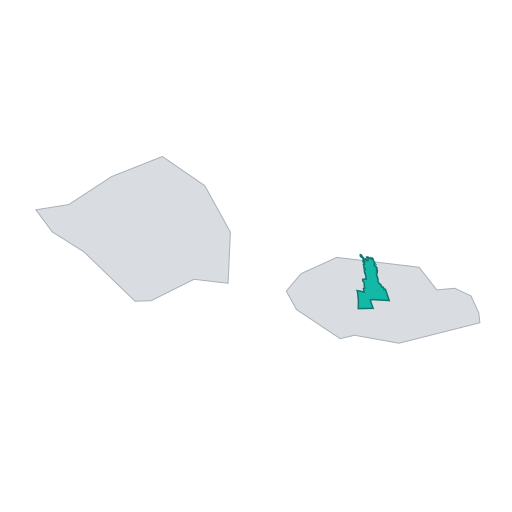 location of Vaimauga West, Tuamasaga, Samoa, rotated 346°
{"feature_id": "51752279B6831491074988", "entity_name": "Vaimauga West", "entity_type": "district", "adm_level": 2, "iso_a3": "WSM", "parent_name": "Samoa", "parent_adm1": "Tuamasaga", "projection": "equal_earth", "projection_center": [-171.762, -13.882], "detail": "fine", "context": "in_parent", "style": "filled", "palette": "teal", "viewbox_px": 512, "rotation_deg": 346, "n_neighbors": 0, "source": "geoboundaries", "source_scale": "gbopen_adm2", "svg_char_len": 5078}
<svg xmlns="http://www.w3.org/2000/svg" viewBox="0 0 512 512"><g transform="rotate(346 256 256)"><path d="M189.2,136.8L223.3,175.4L236.9,226.7L222.3,275.7L190.1,263.6L143.3,274.0L127.7,270.6L90.1,210.4L64.1,183.3L53.6,157.9L86.7,160.8L135.1,144.0L189.2,136.8ZM457.1,374.9L373.6,375.2L332.3,356.7L317.7,356.6L282.3,317.7L276.9,297.4L295.5,284.0L334.0,276.9L411.5,306.4L423.2,332.6L441.0,335.4L454.9,346.7L458.4,365.1L457.1,374.9Z" fill="#d9dde1" stroke="#a8b0b8" stroke-width="1"/><path d="M369.6,291.0L369.4,290.8L369.3,290.6L369.2,290.4L369.1,290.1L369.0,289.9L369.0,289.7L368.9,289.4L369.0,289.2L368.9,288.8L368.9,288.7L369.0,288.5L368.9,288.3L368.9,288.1L368.7,287.7L368.8,287.5L368.8,287.4L368.9,287.2L369.0,287.3L368.9,287.1L368.6,287.4L368.4,287.1L368.3,286.9L368.1,286.8L368.1,286.7L368.0,286.8L367.8,287.2L367.7,287.1L367.3,286.5L367.3,286.4L367.4,286.2L367.1,285.5L366.8,285.8L366.6,285.9L366.3,285.9L366.2,285.7L365.8,285.6L365.6,285.5L365.5,285.4L365.3,285.2L365.2,285.1L365.0,284.8L364.9,284.6L364.8,284.4L364.7,284.3L364.4,284.1L364.2,284.0L364.0,284.3L363.9,284.2L363.3,283.9L363.0,283.9L363.0,284.0L363.2,284.3L363.3,284.4L363.3,284.5L363.6,285.2L363.6,284.9L363.9,285.3L364.0,285.1L364.2,285.4L364.2,285.6L363.9,286.5L363.8,286.9L363.8,287.0L363.7,287.0L363.4,287.5L363.2,287.5L362.5,287.2L362.2,287.1L362.3,286.7L362.2,286.3L362.2,286.0L362.1,285.6L361.9,285.4L361.8,285.6L361.6,285.8L361.2,285.9L361.1,285.7L360.4,285.3L360.0,284.3L359.8,283.9L359.8,283.7L359.7,283.7L359.3,283.2L359.2,282.9L359.1,282.7L359.0,282.4L358.9,282.2L358.8,281.9L358.7,281.4L358.6,280.9L358.2,280.3L358.0,280.2L357.9,280.1L357.5,279.9L357.4,280.1L357.3,280.6L357.3,281.0L357.5,281.0L357.4,281.1L357.4,281.3L357.5,281.3L357.5,281.5L357.4,281.8L357.5,282.1L357.8,282.2L358.0,281.9L358.0,282.2L358.1,282.5L358.4,282.3L358.5,282.4L358.6,282.7L358.5,282.9L358.4,283.1L358.6,283.3L358.8,283.3L359.1,283.4L359.2,283.6L359.3,283.7L359.4,283.8L359.3,284.0L359.2,284.1L359.2,284.6L359.3,284.6L359.2,284.8L359.1,285.0L359.3,285.2L359.3,285.3L359.1,285.3L359.1,285.9L359.2,286.2L359.2,286.4L359.3,286.6L359.4,286.8L359.5,286.9L359.7,287.0L359.6,287.3L359.8,287.4L359.8,287.5L359.5,287.4L359.5,287.5L359.5,287.9L359.4,287.8L359.4,287.7L359.3,287.3L359.2,287.3L359.2,287.1L359.0,286.8L358.9,286.9L358.8,287.0L358.7,287.0L359.0,286.6L359.0,286.4L358.9,286.4L358.9,286.6L358.7,287.1L358.5,286.9L358.4,286.8L358.7,287.2L358.8,287.5L358.7,287.9L358.7,288.0L358.8,288.2L359.1,288.5L359.2,289.0L359.2,289.3L358.7,289.7L358.6,289.8L359.2,289.8L359.1,290.2L359.2,290.3L358.8,290.7L358.5,290.7L358.5,290.9L358.4,291.2L358.3,291.5L358.2,291.6L358.2,292.0L358.0,292.4L358.0,292.6L358.0,292.9L357.9,293.1L358.0,293.3L357.9,293.8L357.9,294.1L358.1,294.4L358.6,294.6L358.8,294.6L358.8,295.1L358.5,295.6L358.5,295.8L358.3,296.0L357.8,295.7L357.7,296.1L357.5,296.4L357.4,299.1L357.9,299.1L357.7,300.7L357.7,301.4L357.3,305.2L357.1,305.2L356.7,305.1L356.3,304.8L353.9,304.4L353.8,305.2L353.6,305.7L353.9,306.8L354.4,307.9L354.3,308.1L354.3,308.4L354.4,309.1L354.3,309.5L354.2,309.8L354.1,310.0L353.8,310.8L353.8,311.2L353.8,311.6L353.8,311.9L353.8,312.6L353.7,312.8L353.7,313.1L353.6,313.4L353.6,313.6L352.4,313.5L352.2,317.3L351.9,317.1L351.4,316.9L351.2,316.7L350.8,316.6L350.6,316.4L350.2,316.2L349.8,315.9L348.2,315.1L345.7,314.0L345.7,316.8L344.5,324.3L342.5,331.8L357.0,335.1L356.1,326.2L357.6,326.5L358.8,326.6L369.9,330.0L374.5,331.5L373.5,319.6L372.1,319.5L372.2,319.3L372.3,319.1L372.3,318.9L372.3,318.7L372.2,318.1L372.0,317.7L371.8,317.6L371.6,317.4L371.6,317.2L371.7,316.9L371.3,316.8L371.0,316.7L370.7,316.5L370.5,316.4L370.4,316.2L370.4,315.9L370.4,315.7L370.3,315.4L370.2,315.1L370.2,314.8L370.3,314.6L370.4,314.3L370.3,314.2L370.2,314.0L370.0,313.8L369.8,313.7L369.7,313.6L369.6,313.4L369.5,313.2L369.4,312.9L369.1,312.7L368.9,312.7L368.7,312.1L368.6,311.7L368.6,311.2L368.2,311.0L368.1,310.8L368.1,310.5L368.1,310.3L368.3,309.8L368.3,309.5L368.5,309.3L368.5,309.1L368.5,308.9L368.5,308.7L368.7,308.2L368.9,307.5L368.9,307.4L368.8,307.1L368.8,306.8L368.7,306.7L368.6,306.2L368.7,305.7L368.5,305.3L368.4,305.2L368.2,305.1L368.4,304.9L368.5,304.8L368.5,304.6L368.6,304.3L368.6,304.0L368.6,303.6L368.4,303.3L368.5,303.1L368.6,302.9L368.7,302.6L368.6,302.3L368.6,302.2L368.7,301.9L368.8,301.9L368.9,302.0L369.1,302.1L369.2,301.9L369.2,301.7L369.4,301.6L369.6,301.4L369.9,300.9L370.0,300.7L370.0,300.4L369.8,300.3L369.6,300.1L369.7,299.8L369.6,299.7L369.5,299.4L369.4,299.4L369.5,299.0L369.6,298.8L369.7,298.6L369.8,298.6L370.0,298.7L369.9,298.4L370.1,298.3L370.2,298.1L370.2,297.8L370.1,297.6L370.3,297.4L370.2,297.3L370.1,297.1L370.3,296.8L370.2,296.6L370.0,296.0L370.2,295.9L370.2,295.7L369.9,295.3L369.7,295.3L369.4,295.2L369.3,294.9L369.4,294.7L369.1,294.5L369.1,294.3L369.0,294.1L368.8,294.1L368.8,293.9L368.7,293.7L368.4,293.3L368.5,293.1L368.6,292.9L368.6,292.7L368.7,292.4L368.8,292.3L368.9,292.5L368.9,292.4L369.0,292.2L369.0,292.3L369.2,292.1L369.4,292.2L369.2,291.9L369.3,291.8L369.4,291.5L369.5,291.3L369.6,291.2L369.6,291.0Z" fill="#14b8a6" stroke="#0f766e" stroke-width="1.5"/></g></svg>